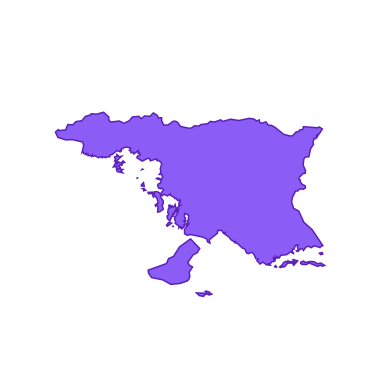 outline of Sumbawa, Nusa Tenggara Barat, Indonesia, rotated 196°
{"feature_id": "22746128B848155691224", "entity_name": "Sumbawa", "entity_type": "district", "adm_level": 2, "iso_a3": "IDN", "parent_name": "Indonesia", "parent_adm1": "Nusa Tenggara Barat", "projection": "albers", "projection_center": [117.515, -8.617], "detail": "fine", "context": "isolated", "style": "filled", "palette": "violet", "viewbox_px": 384, "rotation_deg": 196, "n_neighbors": 0, "source": "geoboundaries", "source_scale": "gbopen_adm2", "svg_char_len": 6048}
<svg xmlns="http://www.w3.org/2000/svg" viewBox="0 0 384 384"><g transform="rotate(196 192 192)"><path d="M308.6,199.7L308.0,200.9L306.7,199.2L304.6,198.9L304.4,200.0L303.3,198.8L302.6,199.9L301.8,198.3L300.2,199.1L298.5,198.4L298.1,200.4L296.8,199.0L295.2,200.1L291.3,199.2L289.5,200.6L287.6,200.2L287.5,201.3L284.1,201.3L283.2,202.7L280.9,203.0L280.8,205.3L279.0,206.0L275.7,211.1L272.1,210.8L271.1,212.2L272.2,213.1L268.7,216.6L266.5,217.3L263.1,217.3L263.8,214.8L261.8,214.1L261.5,212.9L259.6,213.8L258.4,212.5L255.0,216.9L254.4,214.3L253.6,215.2L251.8,213.4L254.4,211.3L254.4,209.7L248.3,208.0L243.6,212.3L242.3,212.4L240.6,210.5L235.2,214.1L234.2,212.4L232.4,213.2L228.9,211.0L228.9,205.5L227.3,202.3L228.3,199.9L225.9,200.5L224.2,197.6L225.3,195.8L228.1,196.2L230.6,195.0L224.7,194.9L224.9,191.9L226.9,190.1L226.7,188.4L225.2,186.6L223.1,186.4L221.9,187.5L219.9,186.3L221.9,181.4L219.6,180.1L218.3,182.2L214.6,181.4L212.3,184.2L211.6,182.8L207.4,181.9L206.7,180.9L205.3,181.4L203.4,179.8L201.4,181.2L201.0,180.9L201.9,180.0L200.5,179.1L201.6,177.9L201.0,175.8L199.2,176.2L201.7,172.9L201.4,171.8L200.3,172.0L200.0,170.3L200.6,169.1L199.8,168.4L201.6,161.6L199.3,158.4L199.6,157.3L195.0,155.6L194.8,154.0L194.0,155.4L192.2,155.5L191.7,155.0L193.2,154.5L191.5,153.8L189.7,157.0L190.8,158.1L189.7,158.8L190.4,160.8L191.7,161.8L190.2,162.1L191.3,163.6L190.9,165.0L192.6,166.1L193.1,169.4L188.9,168.8L187.7,164.3L188.7,163.2L186.8,161.4L188.4,160.6L188.0,158.2L186.7,159.2L188.9,153.8L187.6,149.8L184.5,149.1L181.6,150.7L169.5,151.6L165.1,151.0L163.2,148.3L160.7,147.8L162.2,150.8L156.2,159.4L156.7,162.2L152.8,163.2L150.7,161.3L148.9,162.2L149.7,160.8L144.2,159.0L141.5,156.9L137.2,155.6L136.6,157.0L136.6,155.0L134.5,155.2L127.9,151.9L125.7,152.0L122.8,148.5L121.0,148.2L118.3,150.3L116.0,149.9L112.3,145.6L109.7,145.6L110.7,143.9L106.7,141.5L104.5,144.2L100.4,142.5L96.9,143.2L98.8,144.0L96.8,144.7L96.3,146.7L93.3,148.4L93.4,150.3L94.0,150.6L93.5,148.8L93.9,148.2L95.7,151.5L92.1,151.9L93.5,153.3L89.9,152.7L89.2,155.7L84.0,157.7L80.8,161.4L79.3,161.4L79.7,164.6L78.3,164.9L77.9,169.0L76.9,169.8L75.7,170.1L76.1,169.3L73.5,164.5L72.0,167.4L70.4,167.7L68.8,166.5L67.2,170.4L65.3,172.0L62.1,171.3L59.6,174.0L53.0,173.9L53.9,174.1L51.5,176.6L66.3,189.0L76.1,193.7L84.1,203.1L89.8,204.3L93.5,209.7L94.0,214.8L92.7,221.4L90.7,222.1L89.1,224.8L85.7,225.3L84.1,227.1L85.0,229.2L87.9,229.6L90.6,231.5L91.2,233.4L92.8,233.8L93.0,235.6L90.2,240.5L88.3,241.2L88.8,243.9L92.5,248.4L93.6,254.1L92.9,256.8L89.4,258.0L89.9,266.4L88.3,271.3L89.5,273.4L89.3,277.1L87.8,277.3L86.8,279.4L87.9,280.0L86.4,281.0L87.2,281.8L85.7,282.9L84.1,288.5L87.5,289.6L89.2,288.3L102.9,285.5L102.8,282.7L105.7,281.2L106.3,279.4L108.5,278.4L110.8,273.8L112.9,272.9L119.8,272.7L129.7,276.9L134.2,278.0L136.8,277.1L140.2,279.8L144.5,277.1L146.2,277.8L147.2,279.8L149.6,278.1L152.5,279.2L157.3,278.6L166.8,273.6L175.0,272.6L181.9,268.3L184.3,269.3L189.4,265.6L193.8,264.9L195.9,261.9L202.2,259.2L203.5,257.3L208.1,256.2L210.0,253.5L212.6,252.4L221.2,251.9L225.0,255.0L227.4,255.5L229.5,254.9L233.4,249.9L237.6,248.5L241.0,252.5L241.7,255.0L244.8,254.0L246.4,256.0L250.9,257.4L253.2,253.2L258.6,252.0L261.0,248.5L264.0,250.1L270.0,247.7L271.8,243.3L276.3,239.3L281.5,240.2L289.5,236.8L291.7,238.3L292.7,241.2L299.0,244.3L305.2,240.5L310.4,239.5L311.0,238.0L315.3,235.3L317.6,230.1L323.0,227.7L325.1,223.7L329.9,222.7L330.6,216.9L336.3,214.5L337.8,215.1L339.8,211.9L335.9,207.5L327.6,207.3L321.3,209.4L311.1,209.9L309.0,207.1L308.6,199.7ZM186.8,97.4L178.2,100.8L172.1,105.1L171.0,107.1L170.8,110.2L172.6,114.2L170.8,120.1L174.2,120.9L176.6,123.2L173.6,131.9L170.3,135.0L169.0,139.8L180.5,146.5L188.9,135.7L192.0,124.9L196.2,121.5L196.8,116.2L212.6,104.8L211.3,101.8L207.2,98.6L196.0,99.5L186.8,97.4ZM220.8,168.9L219.5,163.2L217.5,164.2L214.8,167.6L217.2,171.2L216.4,172.6L217.3,175.7L221.0,178.6L221.1,180.7L223.8,182.5L226.3,182.6L228.3,181.7L227.7,180.0L228.5,179.2L229.9,181.0L234.2,179.5L233.3,178.3L229.9,179.6L227.7,176.4L226.7,178.2L224.1,176.4L221.4,172.3L223.8,169.3L222.9,168.3L222.1,169.9L220.8,168.9ZM205.2,158.2L204.7,162.7L202.9,163.8L204.4,164.5L204.7,165.9L202.5,165.9L203.4,167.8L203.2,169.2L202.0,170.5L204.8,175.3L205.4,172.8L206.8,172.0L207.3,173.0L208.0,171.4L209.0,173.3L210.5,173.0L210.2,171.4L208.8,171.2L210.1,169.3L209.7,165.8L208.2,163.8L209.4,161.9L208.1,159.5L205.2,158.2ZM269.5,191.0L264.0,191.4L266.2,192.6L264.7,194.6L267.4,194.2L267.8,195.9L269.8,196.7L268.6,198.4L266.9,198.2L266.4,200.8L264.9,202.0L266.8,202.9L268.1,200.4L271.1,200.7L271.8,198.3L272.9,201.2L269.5,207.0L271.5,205.9L274.5,207.4L274.2,205.6L276.1,204.4L274.3,201.6L274.9,200.4L273.3,199.0L274.5,194.4L271.8,195.7L271.3,194.1L269.1,194.1L270.7,192.6L269.5,191.0ZM66.3,152.7L61.9,153.8L60.0,156.1L50.8,155.1L48.4,156.9L46.1,156.7L44.2,158.0L48.5,159.2L51.6,157.7L55.6,158.6L58.7,158.0L64.0,155.4L65.6,156.4L68.0,154.7L68.0,153.4L66.3,152.7ZM85.3,144.4L82.2,145.8L80.4,150.0L75.9,151.3L74.0,149.6L71.4,154.9L76.9,155.0L75.4,154.5L75.1,152.8L74.1,153.3L74.1,152.2L74.3,151.9L76.7,152.9L78.8,151.8L80.8,152.4L80.8,150.5L82.7,151.2L84.7,149.1L85.3,144.4ZM156.4,94.4L152.1,94.9L150.6,97.9L147.0,97.8L144.2,99.6L147.5,99.1L147.2,100.5L150.8,100.7L151.7,100.2L150.5,99.9L150.3,98.6L159.9,96.2L156.4,94.4ZM206.0,156.5L207.4,153.1L206.3,152.3L203.0,156.4L206.0,156.5ZM242.4,183.8L239.5,184.3L241.2,187.6L242.6,185.1L242.4,183.8ZM51.0,167.3L49.2,168.4L50.3,169.7L52.7,168.3L51.0,167.3ZM238.8,179.8L237.0,180.9L239.3,182.2L240.5,181.5L239.2,181.3L238.8,179.8ZM92.0,142.9L90.4,142.9L90.0,143.3L91.4,144.3L92.0,142.9ZM202.2,169.5L202.8,168.9L202.3,168.2L201.8,168.7L202.2,169.5ZM86.5,144.9L87.1,144.0L86.5,143.8L86.5,144.9ZM79.0,162.0L78.5,161.1L77.5,160.8L77.8,161.8L79.0,162.0ZM248.6,190.1L247.5,190.8L248.7,190.3L248.6,190.1ZM200.5,170.2L201.2,170.0L201.0,169.1L200.5,170.2ZM75.3,163.9L74.2,164.1L75.5,164.3L75.3,163.9ZM246.1,200.4L246.3,199.8L245.6,200.3L246.1,200.4ZM201.8,153.5L200.4,153.7L200.4,153.8L201.2,153.8L201.8,153.5Z" fill="#8b5cf6" stroke="#5b21b6" stroke-width="1.5"/></g></svg>